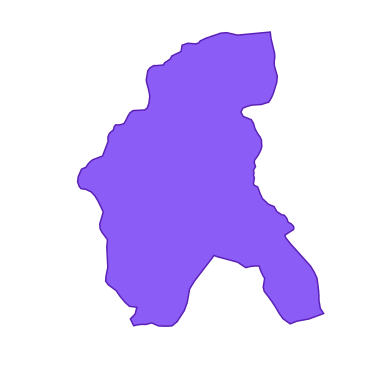 Ocna De Fier, Caras-Severin, Romania, rotated 258°
{"feature_id": "2599482B48244841189290", "entity_name": "Ocna De Fier", "entity_type": "district", "adm_level": 2, "iso_a3": "ROU", "parent_name": "Romania", "parent_adm1": "Caras-Severin", "projection": "natural_earth1", "projection_center": [21.767, 45.343], "detail": "fine", "context": "isolated", "style": "filled", "palette": "violet", "viewbox_px": 384, "rotation_deg": 258, "n_neighbors": 0, "source": "geoboundaries", "source_scale": "gbopen_adm2", "svg_char_len": 2559}
<svg xmlns="http://www.w3.org/2000/svg" viewBox="0 0 384 384"><g transform="rotate(258 192 192)"><path d="M332.2,301.8L336.0,269.2L340.7,258.9L341.4,253.2L339.6,237.9L338.1,231.5L336.4,229.5L336.1,226.6L338.4,218.7L337.6,212.8L331.7,210.5L329.3,200.6L326.5,198.2L324.1,192.1L322.2,190.4L323.0,183.6L323.6,180.8L322.2,176.8L319.8,174.0L311.1,170.5L307.1,170.4L302.4,170.8L298.4,170.8L294.5,170.6L288.0,168.4L283.5,165.7L282.1,162.8L283.9,151.2L282.4,147.9L279.6,145.1L277.9,143.8L276.2,142.5L274.6,141.1L273.1,139.6L272.8,137.5L272.7,135.5L273.0,133.4L273.6,131.4L272.2,129.6L268.7,127.7L268.2,126.3L267.5,125.0L266.7,123.8L265.6,122.7L263.2,121.2L258.8,120.4L245.8,112.0L244.2,101.7L243.6,100.4L243.0,99.1L242.0,97.6L240.9,96.1L239.7,94.8L238.3,93.5L237.3,88.7L230.8,84.0L225.8,82.2L220.9,82.8L218.3,84.2L216.8,88.4L213.1,93.4L208.2,96.3L203.9,97.8L199.6,99.0L195.2,100.1L190.8,101.0L179.9,95.1L175.1,94.5L171.5,95.5L162.9,99.4L155.9,97.2L136.0,94.0L127.3,90.3L122.7,89.0L118.7,90.8L111.2,97.4L108.8,98.3L106.4,99.3L104.0,100.4L101.7,101.6L99.5,102.8L97.3,104.1L95.2,105.6L93.2,107.1L90.7,114.1L84.4,111.0L80.7,105.3L73.3,107.2L73.4,110.2L73.2,113.3L72.8,116.3L72.0,119.3L72.3,125.4L68.0,131.4L67.1,134.7L66.3,138.0L65.7,141.3L65.2,144.6L68.2,150.4L77.5,159.7L84.8,164.3L97.6,169.5L104.3,175.8L125.3,200.4L123.1,203.9L113.9,222.0L106.9,228.8L107.0,232.2L106.9,235.6L106.4,239.0L105.7,242.3L102.3,242.6L98.9,243.2L95.6,244.0L92.4,245.1L84.2,241.9L79.9,242.0L73.9,244.9L67.7,247.6L61.4,250.0L55.0,252.1L49.2,254.6L42.6,260.6L43.8,267.4L43.5,280.1L45.8,295.5L51.4,293.3L59.2,293.6L64.3,294.6L69.4,295.3L74.6,295.8L79.8,296.2L81.9,296.3L87.8,295.0L95.0,292.5L121.0,277.5L127.7,274.2L130.5,273.9L134.2,283.5L135.0,283.9L136.0,284.2L137.0,284.2L137.9,283.9L140.4,282.3L142.3,279.9L145.8,279.3L146.7,279.2L150.3,277.3L150.8,275.3L152.6,273.5L155.3,270.9L160.8,269.2L164.0,264.3L171.0,259.5L175.8,258.4L183.3,257.3L185.9,254.0L187.6,253.9L193.0,256.0L195.8,255.6L197.5,256.6L200.6,256.7L202.9,258.8L203.5,259.4L206.5,259.1L208.4,259.1L210.6,260.2L211.7,261.7L212.9,263.0L214.2,264.3L215.6,265.5L217.0,266.7L218.5,267.8L220.1,268.8L221.8,269.7L228.4,270.7L232.1,269.9L233.9,269.0L235.7,268.3L237.6,267.7L239.6,267.1L241.5,266.7L246.6,266.4L250.4,265.0L255.3,257.8L260.0,256.5L263.4,259.1L264.2,263.3L264.6,268.5L263.2,278.0L263.9,285.7L265.9,287.7L268.0,289.5L270.3,291.2L272.7,292.7L281.6,297.7L287.4,299.5L298.2,298.8L300.2,299.1L302.2,299.5L304.2,300.1L306.1,300.9L310.5,301.6L325.9,301.2L332.2,301.8Z" fill="#8b5cf6" stroke="#5b21b6" stroke-width="1.5"/></g></svg>